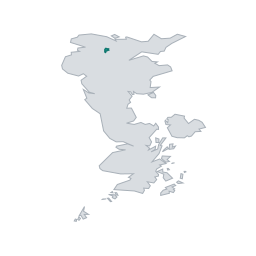 Wokingham on a map of United Kingdom (Equal Earth projection), rotated 190°
{"feature_id": "GBR-5701", "entity_name": "Wokingham", "entity_type": "Unitary Authority", "adm_level": 1, "iso_a3": "GBR", "parent_name": "United Kingdom", "parent_adm1": "", "projection": "equal_earth", "projection_center": [-0.911, 51.451], "detail": "fine", "context": "in_parent", "style": "filled", "palette": "teal", "viewbox_px": 256, "rotation_deg": 190, "n_neighbors": 0, "source": "natural_earth", "source_scale": "10m", "svg_char_len": 3943}
<svg xmlns="http://www.w3.org/2000/svg" viewBox="0 0 256 256"><g transform="rotate(190 128 128)"><path d="M138.9,194.8L125.3,201.7L121.0,201.3L115.9,197.7L110.5,198.2L112.8,196.4L108.2,194.8L100.0,197.0L96.6,195.5L94.5,192.0L112.2,183.2L114.9,179.0L113.4,177.7L113.2,171.7L104.1,173.8L110.7,167.2L118.6,164.0L125.4,163.3L128.9,164.9L127.9,162.3L129.4,161.7L131.7,164.1L134.3,164.0L129.5,160.0L131.7,155.8L129.9,153.7L132.1,151.4L132.7,147.3L128.1,148.2L121.7,139.9L123.7,135.9L130.3,132.5L122.5,132.6L116.2,135.7L111.7,134.5L107.6,136.2L103.0,134.5L101.5,137.5L98.2,134.3L97.7,131.9L99.5,131.8L105.5,122.2L102.4,118.4L103.5,114.1L107.2,114.0L103.3,111.9L104.0,109.9L97.6,114.9L97.6,111.6L101.1,108.5L95.1,112.5L94.9,117.1L92.1,124.3L88.9,124.8L93.2,116.5L91.4,116.3L93.0,108.2L98.5,98.8L91.4,103.0L84.3,99.6L90.4,97.1L88.5,96.2L92.7,92.5L93.2,90.1L89.8,87.5L89.8,85.9L93.1,84.4L90.8,82.2L93.0,78.4L99.7,78.4L96.0,75.0L97.2,72.0L102.1,71.5L101.0,69.4L102.2,66.1L110.8,67.1L131.2,64.9L128.7,70.5L117.1,77.0L116.3,78.9L119.0,79.5L114.7,83.9L127.3,81.5L145.5,81.6L148.6,83.2L149.8,85.8L138.9,101.1L126.6,106.1L133.0,105.5L136.5,106.9L136.2,108.1L125.7,112.3L119.3,111.1L130.4,113.7L137.3,112.3L144.1,114.6L151.5,120.9L157.9,137.2L166.5,141.0L175.5,148.4L173.7,150.2L178.7,158.2L172.7,155.7L166.7,156.0L172.4,156.6L181.1,163.5L182.5,166.9L177.7,171.8L181.4,173.7L185.7,170.6L196.8,171.5L202.8,174.8L204.2,178.2L202.0,187.3L196.4,190.2L197.1,192.7L189.0,195.0L191.3,195.8L191.2,198.1L183.9,200.2L199.5,202.3L199.3,205.9L193.7,208.6L192.4,211.0L180.5,214.3L164.8,214.2L154.8,211.6L156.1,213.1L145.1,215.1L146.1,217.0L145.0,217.5L129.7,215.2L123.2,216.9L118.7,224.8L110.6,221.7L102.1,223.8L95.7,228.9L87.2,228.1L99.6,218.9L104.6,214.0L105.7,210.0L109.3,209.0L111.1,205.8L127.7,205.4L138.9,194.8ZM84.1,149.7L74.4,149.5L74.5,147.5L69.2,142.9L64.1,148.1L59.7,147.9L56.0,146.5L51.8,142.0L57.9,139.3L55.6,137.3L61.2,136.0L64.1,131.1L66.5,129.9L68.3,130.7L70.7,128.1L78.0,127.0L83.3,127.5L89.3,135.1L86.7,138.4L91.2,138.0L92.8,141.1L92.6,142.2L89.8,140.1L89.9,143.3L91.4,143.5L90.6,145.4L87.2,146.1L84.1,149.7ZM84.5,69.7L82.5,72.9L79.1,74.6L80.9,75.9L72.8,80.8L71.0,79.6L74.4,77.6L71.5,76.2L72.6,75.3L71.1,74.5L72.1,72.3L76.6,72.9L75.9,70.9L84.1,67.3L84.5,69.7ZM84.7,85.2L84.7,88.7L91.6,90.2L86.7,93.6L86.1,90.7L81.8,90.7L75.4,86.3L81.6,82.3L84.7,85.2ZM156.3,30.5L159.2,33.8L160.8,33.3L157.2,43.1L157.3,38.3L151.9,36.1L156.1,35.3L153.2,32.5L156.3,30.5ZM89.4,106.4L81.3,107.4L84.0,103.7L81.4,102.3L84.7,100.9L89.7,103.7L89.4,106.4ZM110.1,161.9L114.1,164.1L109.0,167.4L106.3,164.9L106.1,162.5L110.1,161.9ZM83.8,114.1L84.2,119.2L80.9,120.2L81.0,116.9L78.1,118.5L79.4,115.5L83.8,114.1ZM131.4,56.7L131.0,58.4L135.6,59.2L129.6,59.9L126.9,58.1L128.5,55.9L131.4,56.7ZM99.0,123.1L95.6,122.5L95.1,119.1L97.9,118.6L99.0,123.1ZM160.4,215.8L157.4,217.8L152.5,216.2L156.4,214.1L160.4,215.8ZM86.1,116.3L84.6,114.8L90.0,110.6L88.9,112.7L86.1,116.3ZM69.0,82.0L70.7,83.0L69.2,84.7L64.3,83.4L69.0,82.0ZM67.9,92.3L65.9,92.0L65.7,87.4L67.8,87.6L67.9,92.3ZM160.9,32.2L159.1,30.6L160.2,28.6L161.6,29.2L160.9,32.2ZM136.1,55.2L134.8,55.6L131.4,52.8L132.5,52.4L136.1,55.2ZM129.6,62.1L127.9,62.3L126.2,60.0L128.1,60.1L129.6,62.1ZM164.8,27.1L164.1,29.2L162.7,29.0L162.7,27.1L164.8,27.1ZM140.5,53.7L137.1,54.4L140.9,53.2L140.5,53.7ZM82.3,95.0L81.3,95.2L80.0,94.1L81.7,93.5L82.3,95.0ZM133.6,61.5L132.4,62.7L131.5,61.6L133.6,61.5ZM78.2,101.2L76.1,101.8L79.0,100.5L78.2,101.2ZM65.2,95.0L63.9,95.3L63.3,94.9L64.7,94.0L65.2,95.0Z" fill="#d9dde1" stroke="#a8b0b8" stroke-width="1"/><path d="M161.9,202.4L161.5,202.3L160.9,202.5L160.8,201.9L160.6,201.3L161.0,201.3L161.7,201.1L162.0,200.5L162.5,200.2L162.9,200.0L163.2,199.7L163.3,199.6L163.4,199.4L163.3,199.2L163.2,199.0L163.2,198.6L163.3,198.5L163.5,198.6L163.8,198.7L164.1,199.4L164.1,200.2L164.4,200.8L164.3,201.6L163.9,202.1L163.7,202.5L163.2,202.5L162.7,202.3L161.9,202.4Z" fill="#14b8a6" stroke="#0f766e" stroke-width="1.5"/></g></svg>